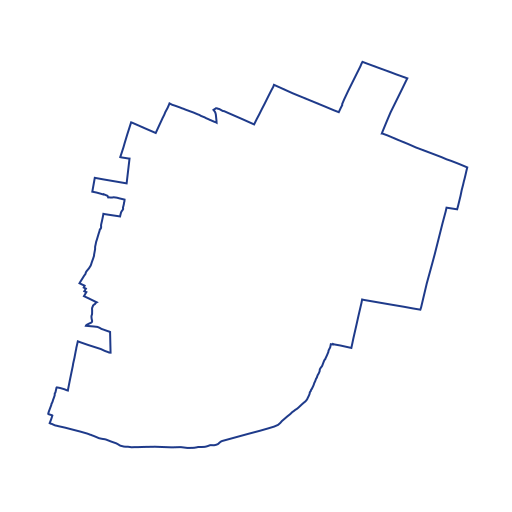 outline of Castranova, Dolj, Romania, rotated 357°
{"feature_id": "2599482B20285682712903", "entity_name": "Castranova", "entity_type": "district", "adm_level": 2, "iso_a3": "ROU", "parent_name": "Romania", "parent_adm1": "Dolj", "projection": "equal_earth", "projection_center": [24.0, 44.125], "detail": "fine", "context": "isolated", "style": "outline", "palette": "blue", "viewbox_px": 512, "rotation_deg": 357, "n_neighbors": 0, "source": "geoboundaries", "source_scale": "gbopen_adm2", "svg_char_len": 5962}
<svg xmlns="http://www.w3.org/2000/svg" viewBox="0 0 512 512"><g transform="rotate(357 256 256)"><path d="M464.9,200.8L466.4,196.1L467.7,191.6L468.2,190.2L469.5,185.8L470.6,181.9L471.6,178.6L469.2,177.4L464.6,175.2L461.6,173.8L458.7,172.5L455.8,171.2L451.3,169.4L446.5,167.0L436.3,162.5L421.4,156.0L416.9,153.7L413.3,151.9L404.1,147.6L393.5,142.4L388.3,140.2L388.1,140.2L389.0,138.1L390.0,136.0L393.7,128.2L397.9,119.6L401.1,113.9L410.4,97.3L415.2,88.6L416.4,86.5L405.4,81.9L401.8,80.3L390.8,75.6L378.2,70.2L372.5,67.7L371.5,69.3L370.1,72.2L366.3,78.9L356.7,95.9L352.2,104.3L350.0,108.8L350.0,109.8L348.6,112.2L347.4,114.4L346.2,116.7L341.7,114.7L332.6,110.3L301.1,95.4L282.9,86.0L282.0,88.1L280.2,91.0L276.7,97.1L272.3,104.9L269.7,109.3L266.6,114.8L263.9,119.3L261.0,124.5L249.9,118.8L243.1,115.4L235.5,111.6L231.8,109.7L231.3,109.6L230.3,109.4L229.8,109.1L229.3,108.7L228.6,108.3L228.0,107.9L227.5,107.6L227.0,107.3L226.2,107.1L225.8,106.9L225.2,106.8L225.0,106.6L224.8,106.5L224.2,106.4L223.9,106.4L223.6,106.4L223.5,106.5L223.4,106.6L222.8,107.0L222.2,107.2L221.7,107.6L221.2,107.9L222.0,109.0L222.6,110.0L222.9,110.8L223.1,111.6L223.3,112.8L223.5,116.8L223.6,118.7L223.6,120.6L223.6,120.8L222.8,120.3L221.4,119.8L220.5,119.3L219.6,118.9L218.1,118.1L216.9,117.6L216.1,117.1L214.3,116.2L213.6,115.9L212.2,115.0L211.5,114.6L210.9,114.4L209.9,113.9L208.5,113.3L207.3,112.5L206.7,112.1L205.5,111.6L204.8,111.3L204.3,111.0L203.8,110.8L201.2,109.5L199.3,108.7L198.1,108.2L196.9,107.7L195.8,107.2L195.3,107.0L194.3,106.6L192.1,105.6L191.6,105.3L189.5,104.5L188.3,103.9L187.4,103.5L186.2,103.0L184.3,102.2L183.1,101.7L181.0,100.9L180.4,100.7L177.6,99.1L177.2,100.0L176.9,100.6L175.5,103.4L173.5,106.7L173.0,107.5L171.8,110.1L170.5,112.4L169.9,113.4L169.3,114.6L166.8,119.3L162.3,127.9L151.4,122.5L143.1,118.3L139.5,116.5L138.3,116.0L137.2,118.9L133.9,127.6L130.8,136.2L129.3,140.6L127.5,145.3L126.1,148.9L125.6,150.1L126.3,150.4L130.2,151.2L133.4,151.9L134.8,152.1L130.6,176.7L119.1,174.1L107.1,171.4L99.1,169.5L95.9,183.2L100.1,184.3L104.0,185.6L106.8,186.6L107.0,186.3L110.8,188.1L111.5,189.8L112.3,189.7L113.7,190.0L115.3,190.1L116.9,189.9L118.6,190.2L120.2,190.5L122.6,191.3L127.4,192.7L127.7,192.8L127.5,194.3L127.3,195.1L127.1,195.4L126.8,197.1L126.1,199.5L125.7,200.5L125.7,201.2L125.7,201.5L125.8,202.0L125.7,202.2L125.4,202.8L124.1,204.4L123.8,204.9L123.5,205.5L123.1,206.7L122.5,208.7L122.3,209.4L120.0,208.9L116.0,208.1L110.6,207.0L107.3,206.3L105.8,205.9L105.5,207.3L104.8,210.0L104.0,213.0L103.0,216.5L102.8,217.9L102.9,218.9L102.5,220.3L102.1,220.6L102.1,220.8L101.8,221.0L101.6,221.3L101.3,221.7L101.2,222.4L99.8,226.1L98.0,231.2L97.1,233.5L96.8,234.7L96.4,236.3L96.1,237.3L95.8,238.5L95.7,240.6L95.4,241.9L95.0,243.6L94.3,246.5L94.3,247.2L93.8,248.5L93.2,250.1L92.0,252.9L91.3,254.7L90.7,256.3L90.3,257.1L89.7,257.9L89.1,258.8L88.5,259.6L86.2,262.1L85.8,262.6L85.4,263.2L85.1,263.8L84.9,264.6L84.6,265.2L83.4,266.6L81.6,269.2L79.2,272.6L78.3,274.0L83.3,276.7L82.3,278.5L84.4,279.7L82.7,282.2L84.7,283.2L84.0,284.2L82.1,287.1L88.0,290.3L94.5,293.9L94.3,294.0L93.8,294.2L93.6,294.4L92.8,295.3L92.6,295.6L91.8,296.0L91.3,296.4L90.7,296.9L90.5,297.5L89.7,299.1L89.5,300.1L89.5,301.9L89.3,304.9L89.1,306.0L88.7,306.8L88.5,307.7L88.5,309.0L88.6,310.2L88.7,310.9L88.9,311.6L88.9,312.7L88.6,313.4L88.0,313.9L86.2,314.6L83.7,315.7L82.8,316.3L82.6,316.6L82.5,316.8L83.9,317.0L90.3,317.9L93.9,318.5L96.0,319.5L97.8,320.7L106.3,324.2L105.7,344.9L104.4,344.8L103.2,344.2L100.1,342.9L96.2,340.8L83.8,336.1L76.9,333.3L73.6,331.9L71.8,338.2L71.5,339.7L71.0,341.5L69.4,348.1L67.8,353.8L67.3,356.2L65.8,361.9L63.4,371.1L61.3,379.5L61.1,380.5L59.9,380.1L57.6,379.0L53.6,377.6L50.8,376.9L50.1,376.8L49.9,377.0L49.8,377.4L49.2,379.5L48.6,381.6L48.3,382.2L47.9,382.6L47.8,383.0L47.7,384.2L47.7,384.4L47.6,384.8L46.6,387.3L45.8,389.1L45.3,390.6L44.6,392.1L44.2,392.6L44.0,393.1L43.9,393.6L43.8,394.0L43.6,394.5L41.1,400.2L40.3,402.4L40.3,402.7L40.4,403.0L41.1,403.3L43.8,404.3L44.2,404.5L44.3,404.6L44.0,405.4L43.5,406.8L42.7,408.8L41.8,410.8L41.2,412.1L42.2,412.7L43.1,412.9L43.7,413.2L45.2,414.0L46.6,414.7L48.2,415.1L50.1,415.7L52.7,416.4L56.3,417.4L60.4,418.7L66.4,420.6L71.2,422.1L78.2,424.5L80.5,425.5L81.0,425.8L81.9,426.0L82.6,426.4L84.7,427.3L87.2,428.5L89.6,429.7L91.4,430.2L93.4,430.7L95.1,431.0L96.5,431.4L101.6,433.7L106.5,435.7L106.7,435.8L108.2,436.7L109.2,437.4L110.2,438.1L110.6,438.3L111.5,438.6L112.8,439.0L114.1,439.4L116.3,439.7L118.3,439.8L120.8,440.3L121.8,440.5L124.6,440.5L128.7,440.7L134.2,440.8L145.2,441.2L154.2,442.0L162.1,442.7L170.8,442.9L174.2,443.5L177.5,444.1L180.0,444.2L184.0,444.3L186.6,444.0L188.3,443.7L190.0,443.8L191.4,443.9L194.7,443.9L196.1,443.7L197.8,443.3L200.0,442.6L200.7,442.5L203.1,442.7L204.2,442.8L206.1,442.5L208.0,441.9L208.9,441.3L209.5,440.7L211.2,439.5L212.4,439.0L239.4,433.1L250.9,430.7L259.1,428.8L265.2,427.3L269.2,425.8L271.5,424.0L273.2,422.2L277.1,419.2L278.9,417.8L281.6,415.9L282.9,414.8L284.0,413.8L285.5,412.9L287.3,411.6L288.7,410.9L290.2,409.8L294.0,406.6L296.3,404.8L297.6,403.9L298.5,403.0L299.2,402.2L299.7,401.5L300.2,400.5L301.5,398.2L302.2,396.7L302.4,396.2L302.5,395.4L302.6,395.0L302.8,394.7L303.7,393.6L303.8,392.9L304.4,392.1L304.9,391.3L305.0,391.3L305.4,390.5L306.2,389.1L307.0,387.4L307.5,386.0L308.5,384.2L309.7,381.4L310.0,381.1L310.3,380.8L310.5,380.4L310.6,379.9L311.4,378.1L312.0,377.2L312.4,376.7L313.5,374.4L313.8,372.5L315.0,370.7L315.9,369.8L316.4,369.0L317.7,366.0L318.7,363.8L319.3,363.0L319.7,362.8L319.9,362.2L321.6,359.0L323.2,355.7L323.5,354.3L324.0,353.3L325.3,351.1L326.1,348.0L328.2,348.4L328.3,347.9L329.6,348.4L335.6,349.8L346.4,352.8L347.7,348.0L348.8,343.8L352.8,329.7L355.1,321.4L358.8,308.6L359.7,305.0L361.4,305.5L387.4,311.4L400.9,314.4L410.1,316.6L417.3,318.2L418.2,315.9L425.1,292.3L431.4,273.3L434.5,263.8L444.0,233.0L447.7,221.6L448.8,217.7L459.3,219.9L459.4,219.6L460.4,216.6L463.4,206.6L464.9,200.8Z" fill="none" stroke="#1e3a8a" stroke-width="2"/></g></svg>